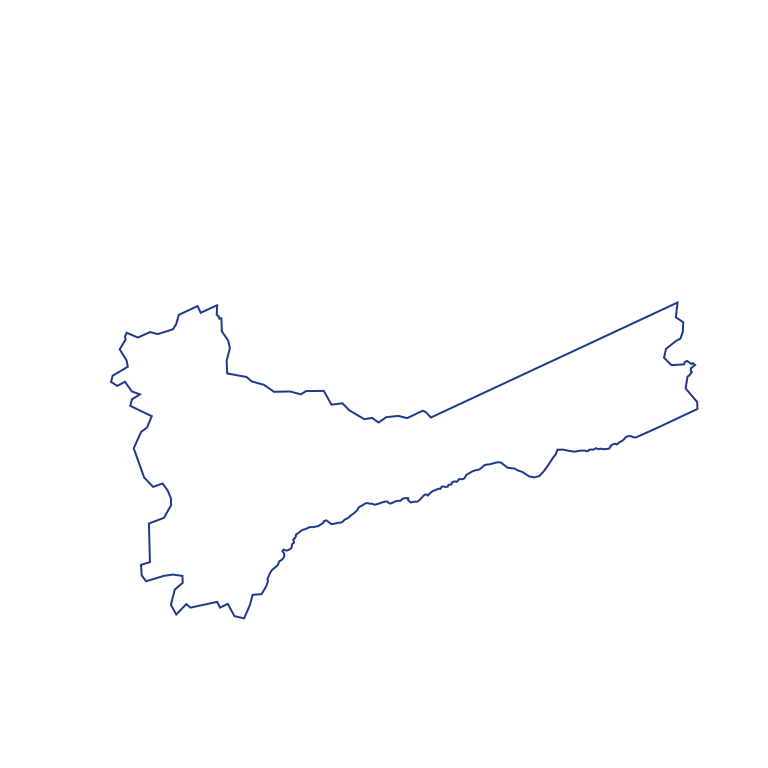 Marion, Oregon, United States of America (Robinson projection), rotated 335°
{"feature_id": "52423323B47476867607178", "entity_name": "Marion", "entity_type": "district", "adm_level": 2, "iso_a3": "USA", "parent_name": "United States of America", "parent_adm1": "Oregon", "projection": "robinson", "projection_center": [-122.538, 44.984], "detail": "fine", "context": "isolated", "style": "outline", "palette": "blue", "viewbox_px": 768, "rotation_deg": 335, "n_neighbors": 0, "source": "geoboundaries", "source_scale": "gbopen_adm2", "svg_char_len": 3928}
<svg xmlns="http://www.w3.org/2000/svg" viewBox="0 0 768 768"><g transform="rotate(335 384 384)"><path d="M130.0,336.5L127.1,367.4L131.3,379.7L141.3,380.6L142.9,389.0L142.8,392.7L142.5,397.7L139.9,403.8L128.0,412.3L112.0,411.1L96.6,446.5L87.3,445.2L83.5,455.0L85.0,462.2L103.5,464.9L111.9,467.4L120.2,472.7L117.6,479.1L107.5,481.9L97.5,494.1L98.3,505.1L111.8,499.9L114.1,504.9L140.7,510.9L140.9,517.4L149.5,517.2L150.3,531.1L158.1,537.3L169.1,527.6L175.8,519.6L184.3,522.7L191.7,517.6L195.6,513.6L195.9,511.6L200.6,507.3L203.8,505.3L210.9,503.4L214.4,500.3L215.2,500.4L216.5,500.2L217.8,499.9L219.1,499.3L220.9,497.9L221.7,495.7L221.7,494.1L221.2,492.8L222.0,491.9L223.3,491.8L224.3,492.9L225.3,493.9L226.6,494.0L228.0,494.0L229.4,493.8L230.9,493.4L232.0,491.9L233.1,490.3L233.9,490.1L235.3,489.8L235.8,488.7L235.7,487.2L236.8,486.2L238.0,486.2L239.9,484.7L240.3,483.5L241.4,483.0L243.4,483.0L245.2,482.4L246.9,481.9L249.2,482.0L251.1,482.2L253.6,482.3L256.0,482.2L258.8,483.6L264.2,485.0L270.6,484.1L271.3,483.0L274.0,483.1L275.1,484.9L277.2,488.9L281.5,490.0L283.2,490.3L284.9,490.8L286.4,491.4L288.7,491.2L291.3,490.3L294.6,490.3L299.0,489.0L302.7,488.3L306.7,486.9L307.9,485.8L309.6,485.0L313.3,484.9L316.2,484.3L318.4,484.8L320.8,486.6L322.7,487.5L324.5,489.5L328.5,490.2L332.0,490.5L334.4,490.9L336.3,491.4L337.5,492.0L337.9,493.7L339.2,495.1L341.6,495.2L344.4,495.2L347.4,495.7L349.3,496.8L350.6,496.4L351.9,496.0L353.4,495.9L355.6,496.7L357.2,497.4L357.7,497.8L357.3,498.5L356.8,499.1L357.3,500.7L357.6,501.7L358.4,502.8L359.6,502.9L362.1,503.6L364.5,504.7L366.8,504.3L368.9,503.5L371.1,502.6L372.8,501.9L374.6,501.6L375.5,502.0L376.4,502.6L376.3,503.0L376.4,503.5L376.8,503.6L378.0,503.1L378.9,502.6L380.2,502.2L381.7,501.8L383.0,501.6L384.2,501.7L385.8,501.9L387.5,501.9L388.7,502.0L389.8,502.1L390.2,502.5L390.7,502.9L391.2,502.6L392.2,501.9L393.1,501.4L394.1,501.8L395.0,502.4L396.1,503.2L397.3,503.7L398.4,503.9L399.2,503.1L400.1,502.7L401.2,503.1L402.4,503.5L403.2,503.0L403.5,502.3L404.7,502.0L405.5,501.9L406.7,502.0L407.3,502.6L408.4,503.3L409.4,503.2L410.4,502.7L411.3,502.0L412.5,502.3L414.0,503.0L415.2,503.5L415.9,503.6L417.1,503.4L418.0,502.7L420.5,501.1L422.2,501.0L424.1,500.8L427.5,500.5L430.3,500.8L432.3,501.4L434.8,501.7L435.5,501.4L437.9,500.9L440.7,500.0L443.1,500.5L445.4,501.3L448.4,501.9L451.4,502.4L453.6,502.8L456.8,504.6L460.6,512.1L466.6,515.8L468.7,518.8L472.2,522.2L476.6,529.2L480.8,532.1L485.7,533.1L491.8,530.7L495.9,528.4L499.8,526.2L506.3,522.1L510.0,520.3L513.4,516.9L518.6,519.2L521.7,521.5L523.6,522.9L528.2,525.9L534.1,527.5L538.0,529.3L539.1,530.5L540.9,531.0L541.7,530.4L543.7,530.7L545.9,532.0L549.1,531.8L550.6,533.6L553.1,534.2L555.0,535.7L558.1,536.9L560.8,537.7L563.9,535.6L568.0,535.6L569.4,537.1L571.5,536.7L573.2,536.2L574.9,536.3L577.4,535.8L581.2,534.2L584.6,534.8L586.4,536.4L587.8,538.0L589.9,538.9L613.3,539.2L651.6,539.1L657.5,539.1L660.2,532.7L655.5,515.4L662.2,505.6L664.7,505.1L668.1,503.2L667.5,502.1L668.9,499.4L674.0,498.2L672.7,495.6L671.0,495.8L668.5,491.2L665.7,491.3L664.1,493.0L652.4,488.3L648.9,478.6L654.4,471.3L667.3,468.3L671.9,468.1L676.8,463.1L681.3,454.5L676.7,446.9L684.5,434.2L671.6,434.2L412.3,434.2L410.1,427.3L407.9,424.6L390.5,424.7L383.4,418.9L371.9,415.0L362.8,416.6L358.9,409.7L351.2,407.5L341.3,392.9L338.2,383.9L327.7,380.6L326.5,364.8L310.4,357.5L304.2,358.2L295.6,351.0L281.0,344.6L274.9,334.1L265.1,325.6L262.4,319.6L246.4,308.2L251.2,296.4L259.5,286.4L261.1,278.8L259.3,267.8L264.4,255.7L262.4,255.2L262.8,252.9L261.6,250.7L266.0,242.2L267.0,242.1L256.5,242.0L248.0,242.0L248.0,234.6L227.3,234.6L221.0,241.9L215.8,245.2L200.1,243.2L194.0,238.1L180.6,237.9L172.4,228.8L169.3,231.5L168.7,234.4L159.1,240.9L160.7,253.7L159.1,260.1L141.6,261.8L137.5,266.7L141.5,273.0L150.2,272.5L152.3,284.2L158.4,290.2L149.1,291.4L144.8,296.6L159.9,315.0L151.0,323.2L143.6,324.8L130.0,336.5Z" fill="none" stroke="#1e3a8a" stroke-width="2"/></g></svg>